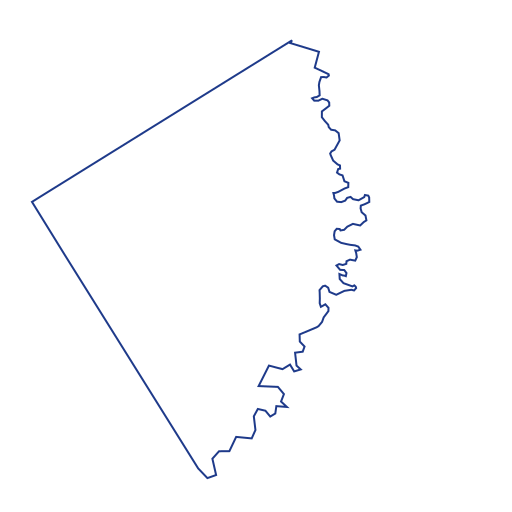 San Saba, Texas, United States of America, rotated 58°
{"feature_id": "52423323B43547858448152", "entity_name": "San Saba", "entity_type": "district", "adm_level": 2, "iso_a3": "USA", "parent_name": "United States of America", "parent_adm1": "Texas", "projection": "mercator", "projection_center": [-98.711, 31.206], "detail": "fine", "context": "isolated", "style": "outline", "palette": "blue", "viewbox_px": 512, "rotation_deg": 58, "n_neighbors": 0, "source": "geoboundaries", "source_scale": "gbopen_adm2", "svg_char_len": 2197}
<svg xmlns="http://www.w3.org/2000/svg" viewBox="0 0 512 512"><g transform="rotate(58 256 256)"><path d="M92.2,111.2L91.4,406.5L91.4,417.3L153.4,417.6L405.5,417.6L418.6,414.9L420.6,405.9L404.8,400.4L402.0,390.8L407.4,382.0L398.9,368.7L408.4,356.3L403.3,348.7L390.8,342.8L386.7,335.5L392.2,330.0L399.7,329.0L399.8,323.1L394.1,318.3L400.4,309.8L392.7,311.9L387.9,305.5L378.6,306.8L367.7,322.7L355.8,303.1L366.0,293.5L366.1,284.7L374.1,284.8L375.9,278.2L370.4,279.7L358.7,274.1L361.9,267.1L358.5,262.8L351.8,264.2L345.6,260.6L348.6,242.3L348.6,240.1L346.9,234.9L343.9,231.1L341.1,223.8L338.4,222.0L333.7,222.8L333.6,226.4L333.5,227.9L329.8,227.0L325.9,224.4L321.0,221.5L318.6,220.2L317.1,215.4L317.8,213.1L321.1,211.6L325.4,212.7L331.4,208.5L332.4,199.5L335.2,193.0L337.2,191.1L336.3,188.1L334.9,187.7L333.0,188.2L332.9,190.3L325.4,196.2L319.9,197.2L315.5,194.8L318.4,192.8L319.5,191.4L320.7,190.5L318.4,188.3L314.7,188.6L312.3,192.0L306.7,192.8L306.9,189.8L309.6,187.2L310.5,183.6L308.4,182.0L308.9,178.2L310.5,176.5L312.5,174.3L310.4,171.1L306.6,169.5L303.9,168.8L305.2,167.2L306.0,164.1L302.2,164.3L299.5,166.4L296.6,170.0L294.0,172.8L290.0,176.8L283.6,180.4L279.7,178.8L276.7,176.2L275.7,173.1L277.5,170.7L279.1,170.8L280.5,167.4L279.5,163.0L280.1,156.8L285.3,151.5L284.3,146.6L284.3,143.5L279.7,141.7L274.9,143.2L271.1,142.1L268.8,140.4L269.6,136.8L270.0,133.7L270.2,131.3L266.3,129.0L264.3,128.8L262.0,131.3L263.4,133.0L263.1,139.5L259.2,143.6L256.0,144.5L255.0,147.9L256.3,151.0L255.5,155.1L252.9,158.5L248.7,159.0L245.9,157.7L243.6,157.0L244.5,155.4L245.2,152.3L245.7,145.1L246.5,141.3L242.9,138.9L239.5,141.4L233.5,139.9L231.0,142.0L228.2,143.1L225.8,140.2L226.5,138.4L223.7,136.8L221.5,138.3L216.0,140.0L210.0,139.2L208.4,138.8L207.3,136.5L207.5,133.1L202.3,123.8L195.6,120.8L191.4,122.3L188.7,125.4L185.3,126.0L182.9,125.2L178.1,126.1L173.2,126.6L168.3,123.5L167.7,116.9L167.4,114.2L164.6,112.6L161.9,112.9L157.8,116.4L157.3,120.9L155.1,124.3L152.0,124.8L152.4,122.5L153.4,120.2L153.5,116.9L149.8,114.8L144.5,112.2L142.0,110.0L138.8,106.0L140.2,103.6L142.0,101.6L141.6,98.6L140.3,98.1L127.4,106.4L116.2,94.4L93.7,114.0L92.2,111.2Z" fill="none" stroke="#1e3a8a" stroke-width="2"/></g></svg>